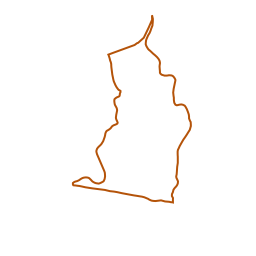 outline of Ocós, San Marcos, Guatemala, rotated 331°
{"feature_id": "79465075B29002473426991", "entity_name": "Ocós", "entity_type": "district", "adm_level": 2, "iso_a3": "GTM", "parent_name": "Guatemala", "parent_adm1": "San Marcos", "projection": "albers", "projection_center": [-92.184, 14.559], "detail": "fine", "context": "isolated", "style": "outline", "palette": "amber", "viewbox_px": 256, "rotation_deg": 331, "n_neighbors": 0, "source": "geoboundaries", "source_scale": "gbopen_adm2", "svg_char_len": 3249}
<svg xmlns="http://www.w3.org/2000/svg" viewBox="0 0 256 256"><g transform="rotate(331 128 128)"><path d="M146.4,54.3L146.3,55.3L146.1,56.2L145.9,57.2L145.7,58.2L145.1,60.3L144.9,61.9L144.7,62.7L144.3,64.0L143.9,64.7L143.0,66.6L140.2,73.6L138.6,78.7L138.2,80.3L137.8,84.4L137.8,86.8L138.1,89.2L138.3,90.1L139.0,91.1L139.4,92.0L138.7,93.1L137.7,93.8L137.1,94.7L136.4,95.6L135.8,96.0L134.8,96.0L134.0,95.9L133.3,95.8L132.5,95.8L131.1,96.0L130.3,96.2L129.6,96.9L128.8,98.4L128.3,99.7L127.9,100.9L127.8,101.7L127.8,103.1L127.8,104.6L127.7,105.4L127.4,106.4L127.1,107.2L126.3,108.2L125.1,109.6L124.0,110.9L123.0,112.3L122.3,113.3L121.9,114.9L121.8,116.4L121.7,117.5L121.5,118.4L120.7,119.0L119.9,119.0L118.9,119.0L117.2,118.7L116.0,118.7L115.3,118.7L114.0,119.2L112.7,119.8L111.7,120.0L110.2,120.2L108.4,120.2L107.7,120.3L106.5,121.0L105.4,122.0L104.5,123.2L103.3,124.5L99.9,127.5L98.1,128.5L97.0,129.1L95.6,129.6L93.6,130.1L92.0,130.6L90.7,131.3L89.5,132.4L89.0,133.1L88.7,133.9L88.2,135.9L86.8,150.0L86.4,154.0L86.1,155.7L85.6,156.9L84.5,159.2L82.7,161.4L80.9,162.7L80.2,162.8L79.4,162.8L78.3,162.8L76.2,162.6L75.4,162.4L74.6,161.8L73.2,160.7L72.3,159.7L71.4,158.3L70.9,157.3L70.4,155.2L70.0,154.0L69.8,153.2L69.4,152.6L68.8,151.9L67.4,150.9L66.6,150.5L65.3,150.0L63.9,149.7L62.8,149.7L61.6,149.7L60.5,149.9L59.4,149.9L57.8,149.8L57.1,149.6L56.3,149.4L55.3,149.2L54.5,149.2L53.2,149.4L52.6,150.3L52.4,151.5L52.9,152.0L53.8,152.5L55.0,153.4L55.9,154.1L57.2,155.0L59.2,156.7L62.0,159.2L67.4,163.4L77.8,171.0L79.3,172.4L81.6,174.5L84.6,176.6L85.4,177.2L87.5,178.9L91.0,182.0L96.7,186.7L100.6,189.9L102.7,191.5L105.6,193.8L106.8,194.7L108.7,196.5L109.8,197.9L111.3,199.8L111.9,201.0L113.2,202.7L113.7,203.2L114.9,204.1L116.6,205.2L119.8,206.5L121.8,207.3L124.8,210.2L128.4,212.6L129.2,213.4L131.0,214.7L131.2,214.9L132.9,211.8L133.4,211.1L133.4,208.8L133.8,208.1L134.3,207.3L134.9,206.7L135.8,206.2L137.9,204.0L139.8,203.1L142.0,202.4L143.5,201.6L144.7,200.6L145.8,199.0L145.9,198.6L146.1,196.7L146.2,195.0L146.7,193.7L148.1,192.1L149.5,190.0L150.4,188.6L152.2,185.8L154.6,182.7L157.6,177.3L158.3,175.8L159.2,174.1L160.1,172.5L161.1,171.3L162.7,170.2L164.4,168.9L167.8,166.8L170.8,165.0L172.5,164.2L174.3,163.3L176.4,162.2L178.7,160.9L181.1,159.6L182.4,158.3L183.9,156.8L184.5,155.7L184.8,155.1L185.7,153.2L185.7,151.7L185.9,150.2L186.1,149.1L186.9,147.7L187.7,145.7L188.2,143.0L188.6,140.0L188.6,137.2L188.4,135.9L187.3,134.3L186.0,133.2L184.2,132.5L183.0,132.2L181.7,131.8L180.8,130.7L180.7,128.4L181.7,125.7L182.8,123.7L183.4,122.0L184.7,118.9L186.9,115.9L192.5,109.4L192.9,108.5L192.9,106.6L192.6,104.8L192.1,103.8L191.4,103.0L190.8,102.6L189.4,101.7L188.4,101.4L187.2,100.9L185.5,100.0L184.2,98.7L183.2,97.6L183.1,97.3L182.7,96.1L182.7,95.2L183.5,93.7L184.3,91.9L185.4,89.5L186.3,88.2L187.2,87.1L187.8,85.9L188.2,84.3L188.2,82.4L187.8,80.2L187.3,78.6L186.9,77.4L186.0,75.1L185.1,72.2L184.6,70.7L184.3,70.1L183.9,68.7L183.8,66.8L183.8,65.1L184.1,63.3L185.2,61.6L186.3,60.1L187.4,59.1L190.4,56.8L192.9,55.4L194.7,54.0L196.8,52.1L199.0,50.3L199.6,49.4L201.0,47.4L202.4,45.1L202.7,44.5L203.6,41.3L203.6,41.1L201.6,45.0L194.9,50.1L185.6,56.7L178.2,58.4L177.0,58.2L174.0,58.6L151.1,55.0L146.4,54.3Z" fill="none" stroke="#b45309" stroke-width="2"/></g></svg>